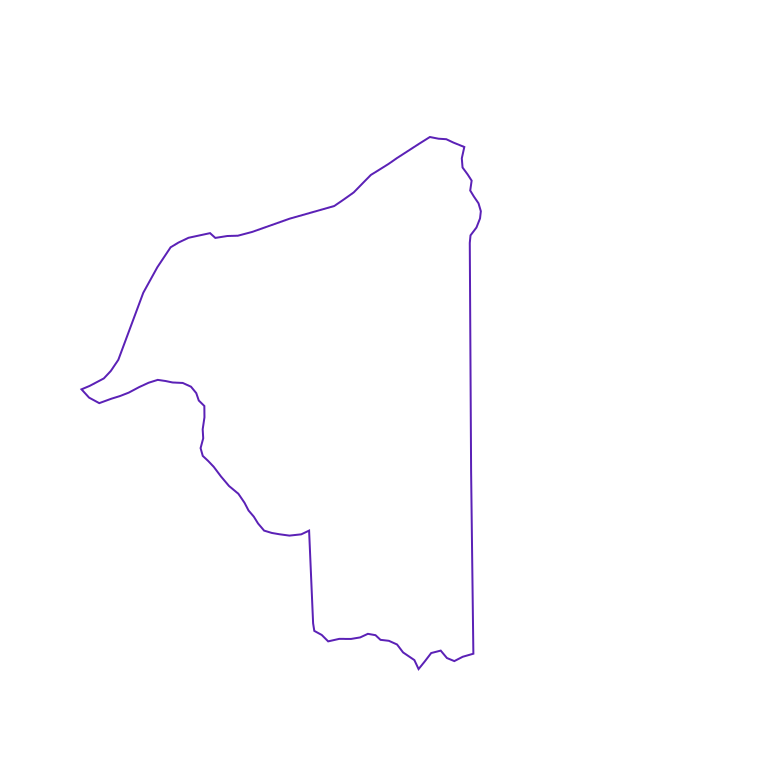 outline of Aguiarnópolis, Tocantins, Brazil, rotated 223°
{"feature_id": "56859067B74205532549606", "entity_name": "Aguiarnópolis", "entity_type": "district", "adm_level": 2, "iso_a3": "BRA", "parent_name": "Brazil", "parent_adm1": "Tocantins", "projection": "natural_earth1", "projection_center": [-47.503, -6.502], "detail": "fine", "context": "isolated", "style": "outline", "palette": "violet", "viewbox_px": 768, "rotation_deg": 223, "n_neighbors": 0, "source": "geoboundaries", "source_scale": "gbopen_adm2", "svg_char_len": 1402}
<svg xmlns="http://www.w3.org/2000/svg" viewBox="0 0 768 768"><g transform="rotate(223 384 384)"><path d="M601.6,173.8L590.4,172.9L579.2,175.8L573.3,187.4L569.0,194.9L564.8,203.6L560.9,214.9L557.0,224.4L552.3,232.7L545.8,237.2L539.7,240.9L531.9,247.5L523.3,250.4L515.1,249.3L508.2,245.6L500.4,245.4L492.6,237.2L485.7,227.2L479.2,221.0L474.4,212.0L467.5,207.8L460.4,207.8L452.1,207.3L440.2,205.2L427.8,203.7L415.6,204.4L405.0,202.0L396.8,199.1L388.8,198.2L381.0,196.1L371.7,195.0L364.4,198.6L358.0,202.8L349.8,208.6L342.0,217.6L338.8,225.7L272.6,160.6L266.6,155.9L258.4,158.0L249.3,157.7L242.9,167.1L234.3,175.0L228.6,182.4L225.4,190.3L218.9,194.5L212.1,194.5L205.3,199.5L196.8,202.4L187.0,200.7L173.5,202.8L164.3,199.1L165.0,209.1L166.0,219.4L160.7,227.7L151.1,226.5L143.6,229.3L140.4,238.2L134.7,247.7L211.0,327.5L260.8,379.6L417.5,545.7L422.1,551.7L423.1,561.5L426.7,570.6L431.0,576.4L438.1,580.6L446.1,582.4L452.9,584.3L458.6,592.5L465.7,594.3L474.2,595.9L481.0,602.1L486.9,612.1L497.9,607.9L505.4,605.5L511.4,600.6L518.9,595.9L522.2,583.5L528.6,558.1L530.8,547.9L533.6,537.4L536.2,527.9L536.5,516.7L536.8,503.5L538.3,496.1L540.0,488.1L541.8,480.2L565.8,440.5L584.2,405.2L592.0,392.8L599.5,385.4L607.0,375.8L614.1,375.7L626.7,357.6L630.8,347.2L633.3,338.5L629.4,314.8L622.3,286.6L594.8,220.5L592.7,207.3L592.7,197.0L598.0,181.8L601.6,173.8Z" fill="none" stroke="#5b21b6" stroke-width="2"/></g></svg>